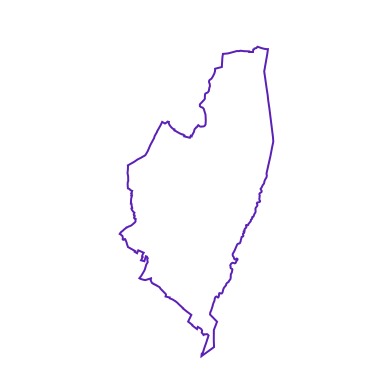 outline of Vicovu De Sus, Suceava, Romania, rotated 104°
{"feature_id": "2599482B73832637769568", "entity_name": "Vicovu De Sus", "entity_type": "district", "adm_level": 2, "iso_a3": "ROU", "parent_name": "Romania", "parent_adm1": "Suceava", "projection": "robinson", "projection_center": [25.674, 47.922], "detail": "fine", "context": "isolated", "style": "outline", "palette": "violet", "viewbox_px": 384, "rotation_deg": 104, "n_neighbors": 0, "source": "geoboundaries", "source_scale": "gbopen_adm2", "svg_char_len": 6058}
<svg xmlns="http://www.w3.org/2000/svg" viewBox="0 0 384 384"><g transform="rotate(104 192 192)"><path d="M131.2,237.9L134.7,238.6L139.8,240.0L141.8,240.6L142.4,240.5L144.0,241.0L146.9,241.8L148.2,241.8L149.1,241.9L156.6,243.8L162.9,244.8L165.4,245.5L167.6,246.2L168.6,247.1L169.4,248.1L171.3,250.0L173.7,252.8L176.5,255.2L181.7,260.7L182.4,260.3L183.2,260.2L185.4,259.7L189.4,259.1L192.1,257.8L196.9,256.5L198.0,256.7L199.2,256.5L200.5,256.2L203.6,255.2L204.0,255.0L204.1,254.7L204.1,253.7L204.2,253.4L204.9,252.5L205.1,252.1L205.4,250.3L207.9,250.6L207.9,250.1L210.0,250.1L209.9,249.4L213.4,249.4L218.1,248.5L218.0,247.9L220.4,247.0L222.0,246.1L222.6,246.8L223.5,246.3L225.0,244.7L226.1,242.8L227.6,243.2L228.9,242.5L228.8,241.9L229.7,241.7L231.1,242.0L231.8,241.1L231.7,240.2L234.5,239.7L235.2,240.0L238.9,242.6L240.3,244.2L240.8,245.2L242.0,246.3L242.1,246.9L242.4,247.2L242.7,247.2L244.9,248.9L246.2,249.7L247.3,250.5L247.7,251.0L249.0,251.4L249.2,251.7L250.2,252.0L250.6,250.7L251.4,249.0L252.0,248.6L252.5,248.3L253.7,248.0L254.7,247.8L254.9,247.6L255.0,247.1L254.8,246.7L254.7,246.4L254.2,246.3L254.0,246.1L253.9,245.4L256.6,243.4L258.1,242.6L260.9,240.8L262.5,234.9L263.1,232.8L263.9,233.1L264.7,230.5L261.6,230.0L262.6,224.2L263.8,224.6L266.0,224.9L266.8,224.8L267.1,224.7L267.2,224.1L270.6,224.9L270.7,221.5L265.5,221.2L265.6,220.2L267.0,218.9L268.0,219.2L270.9,218.0L273.4,218.8L277.8,219.0L279.3,219.1L281.8,219.8L285.8,221.0L288.4,222.2L288.7,221.3L288.9,218.5L288.8,216.1L288.5,215.5L285.6,210.8L285.8,210.7L287.4,210.9L289.8,209.0L290.4,206.9L290.6,206.9L290.7,205.7L290.9,204.9L291.0,205.0L292.0,201.1L292.4,200.2L293.5,199.1L297.2,193.0L297.8,192.5L298.2,192.3L299.8,192.4L299.8,191.8L299.8,189.9L299.7,188.2L300.1,188.2L300.5,188.0L301.0,184.7L301.2,184.1L302.0,181.7L302.7,180.0L304.6,176.8L306.9,172.5L307.2,172.6L308.9,168.8L309.0,168.7L311.4,162.9L318.7,164.4L320.9,159.5L321.4,159.5L323.8,154.0L321.5,153.7L322.4,150.7L322.9,149.7L324.1,148.6L326.1,148.6L326.3,148.4L326.5,148.0L326.8,147.6L327.3,146.8L327.9,146.4L328.0,146.1L327.6,145.9L327.1,145.6L326.9,145.1L326.8,144.1L326.3,143.2L326.3,142.9L326.3,142.7L326.7,142.0L327.2,141.2L335.5,141.8L340.5,142.3L345.6,142.6L346.0,143.1L346.4,143.4L347.8,143.3L349.0,143.1L337.1,133.1L330.2,135.1L320.6,137.4L311.8,136.3L306.8,144.4L306.6,144.8L305.0,145.1L304.4,145.1L303.7,145.0L302.1,144.7L298.8,144.5L297.5,144.4L296.3,144.5L294.3,144.3L291.9,143.9L290.3,144.1L289.4,144.1L288.9,144.0L288.1,143.7L287.5,143.1L287.5,142.6L288.1,141.3L288.0,141.0L287.4,140.8L286.0,140.8L283.8,141.1L283.6,141.0L283.4,140.7L283.4,139.9L283.5,139.3L283.4,139.0L283.2,138.6L282.7,138.3L281.9,138.1L278.7,138.1L277.5,137.9L276.5,137.5L274.4,136.5L274.1,136.4L273.4,136.5L272.6,136.4L272.2,136.2L271.5,135.8L271.0,135.3L270.1,134.6L269.1,134.5L267.5,133.7L267.0,133.7L265.8,133.7L263.7,134.2L262.3,134.4L261.8,134.3L261.0,134.0L260.0,133.9L258.9,134.0L257.6,134.0L257.2,134.2L257.0,134.4L256.9,134.7L256.8,135.5L256.6,135.9L256.1,136.3L254.9,136.5L254.4,136.8L254.1,137.1L253.8,137.1L253.0,137.0L251.8,136.5L251.3,136.0L251.0,135.7L250.8,135.4L250.8,135.2L250.8,134.2L250.9,133.3L250.8,133.1L250.5,132.7L249.9,132.4L249.2,132.3L248.7,132.3L248.4,132.2L247.0,131.6L246.3,131.5L246.1,131.6L245.8,132.0L245.8,132.6L246.0,132.8L246.9,133.4L247.0,133.7L247.0,134.4L246.4,135.0L245.3,135.6L244.3,136.7L243.5,137.2L242.5,137.5L242.1,137.5L239.0,136.6L235.4,136.0L232.9,135.6L232.1,135.4L231.5,135.2L231.1,134.8L230.7,134.2L230.5,133.6L230.4,133.5L230.0,133.2L229.5,133.0L227.8,132.9L226.8,133.0L224.9,132.9L223.7,133.0L223.4,132.8L223.1,132.1L222.9,131.9L222.3,131.6L222.0,131.6L220.7,132.3L220.4,132.4L220.0,132.3L219.6,132.0L219.1,131.6L218.9,131.5L218.7,131.5L218.3,131.8L218.1,132.3L217.8,132.3L217.6,131.9L217.4,131.7L217.0,131.5L216.5,131.7L216.2,132.0L215.8,132.0L214.7,131.7L213.3,130.8L212.5,130.9L211.7,131.4L211.2,131.5L210.9,131.3L210.8,130.9L210.9,130.1L210.8,129.9L210.6,129.7L210.3,129.5L209.4,129.5L209.1,129.4L208.0,128.8L206.8,128.3L206.2,128.0L206.0,127.9L205.8,127.9L205.2,128.1L204.7,128.1L203.3,127.2L202.8,127.3L202.1,127.5L201.8,127.5L201.6,127.3L201.4,127.0L201.2,126.6L200.9,126.4L198.7,126.2L196.5,125.6L196.0,125.5L195.5,125.6L192.9,126.4L192.4,126.4L191.9,126.3L189.8,125.4L189.2,125.3L188.8,125.4L188.2,125.7L187.5,126.3L187.0,126.3L186.6,126.2L186.3,125.9L185.6,124.4L185.3,124.0L185.2,123.9L184.6,123.7L184.2,123.8L183.4,124.6L182.5,125.0L181.9,125.1L181.0,125.1L180.2,125.4L179.5,125.3L178.9,125.5L178.2,126.0L177.7,126.1L177.3,126.1L176.8,125.9L176.5,125.7L175.7,124.9L175.4,124.7L175.2,124.6L174.5,124.6L174.2,124.6L174.0,124.8L172.6,126.1L172.3,126.2L171.6,125.9L171.0,125.6L168.5,125.1L167.7,124.8L166.9,124.4L166.1,124.2L165.2,124.2L164.5,124.3L163.1,124.2L161.8,123.9L160.9,123.6L159.9,123.3L159.0,123.3L157.8,123.4L156.0,124.2L138.1,124.6L129.2,125.1L123.5,125.3L119.2,126.7L92.8,136.9L84.7,140.2L79.5,142.1L72.8,144.9L61.7,149.4L57.6,151.1L40.4,152.3L35.0,152.9L35.5,155.1L35.6,158.6L35.2,163.6L36.8,164.4L37.3,165.5L37.6,166.0L38.2,166.1L38.9,167.0L41.4,166.7L42.3,170.4L41.7,170.5L42.8,175.8L43.0,177.8L43.3,179.5L43.7,179.8L44.4,182.6L48.3,189.6L49.0,191.0L50.5,195.4L54.4,195.0L63.5,193.3L66.8,199.4L69.3,198.9L71.7,199.0L74.8,199.7L77.3,200.5L79.0,202.0L80.1,202.3L81.4,202.0L82.9,200.9L85.1,200.2L86.7,200.4L88.7,200.2L90.3,200.2L91.7,200.9L93.1,202.7L93.9,203.0L95.8,202.7L98.4,202.1L99.4,202.4L103.2,204.5L104.4,205.3L105.6,205.5L106.9,205.0L107.4,203.9L107.5,202.2L108.5,200.7L113.7,197.6L119.4,195.9L123.2,195.2L124.7,195.7L125.5,196.5L126.5,199.3L126.4,200.5L125.6,202.0L126.2,202.5L127.6,202.8L127.9,203.2L128.5,203.7L128.9,203.7L129.8,204.3L130.6,204.7L133.2,204.7L137.2,205.7L138.1,205.8L137.7,206.8L138.9,207.1L139.9,207.2L139.9,212.7L139.5,212.6L139.3,213.4L138.8,213.3L138.3,215.1L138.5,215.5L138.5,216.0L138.4,216.3L138.1,218.0L136.7,223.0L136.5,224.1L135.5,224.1L135.2,226.0L133.9,228.2L132.7,229.7L131.5,230.8L131.1,231.1L130.5,231.3L129.6,231.4L129.6,232.7L131.0,233.7L132.1,234.8L131.2,237.9Z" fill="none" stroke="#5b21b6" stroke-width="2"/></g></svg>